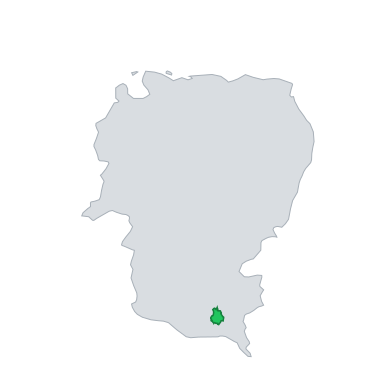 location of Ou Chum, Rôtânôkiri, Cambodia, rotated 111°
{"feature_id": "14789045B56033797709996", "entity_name": "Ou Chum", "entity_type": "district", "adm_level": 2, "iso_a3": "KHM", "parent_name": "Cambodia", "parent_adm1": "Rôtânôkiri", "projection": "albers", "projection_center": [107.039, 13.843], "detail": "fine", "context": "in_parent", "style": "filled", "palette": "green", "viewbox_px": 384, "rotation_deg": 111, "n_neighbors": 0, "source": "geoboundaries", "source_scale": "gbopen_adm2", "svg_char_len": 5463}
<svg xmlns="http://www.w3.org/2000/svg" viewBox="0 0 384 384"><g transform="rotate(111 192 192)"><path d="M324.5,77.8L325.4,80.8L323.2,86.3L320.9,91.4L316.6,95.8L316.4,99.0L314.9,108.7L315.5,111.8L316.5,114.4L317.9,115.8L321.7,125.3L325.1,133.9L328.5,141.0L329.2,145.5L326.1,156.8L322.4,167.2L322.8,172.4L324.3,177.6L326.0,184.5L326.7,193.4L325.8,199.2L324.1,202.7L321.0,206.4L318.2,208.3L314.9,205.2L312.3,205.1L308.8,206.0L306.0,207.4L300.4,212.8L294.1,218.1L285.4,219.4L282.0,223.3L278.4,223.8L271.6,224.0L267.1,224.9L267.3,226.9L266.9,236.1L267.0,238.3L266.3,238.9L263.2,239.1L257.9,237.7L250.8,235.4L245.7,235.0L243.1,239.0L241.5,240.6L239.6,240.8L237.6,241.5L236.9,243.3L236.7,245.6L237.7,249.4L238.0,255.5L237.8,259.7L239.6,262.4L250.5,271.3L253.7,273.5L254.0,274.8L252.1,279.6L253.8,286.4L250.4,286.3L244.7,283.3L242.0,281.5L238.6,282.9L237.5,282.7L235.3,279.3L232.4,275.9L229.4,275.7L223.0,277.0L216.5,277.9L214.0,277.8L213.0,278.4L209.2,283.5L207.6,282.6L201.1,280.6L195.1,279.8L193.9,281.1L194.6,285.3L195.9,289.3L195.1,291.0L191.8,293.1L187.4,296.9L184.7,299.8L182.9,300.5L176.2,300.4L169.6,300.7L167.0,303.5L164.5,305.6L162.3,306.2L153.8,299.2L136.7,296.5L134.9,293.4L133.3,292.8L131.7,296.8L122.2,300.5L118.3,298.1L115.5,295.3L116.0,291.9L118.7,289.1L123.4,287.2L125.6,280.2L122.2,271.2L119.2,268.5L115.9,266.4L112.4,269.7L109.4,275.3L106.3,278.2L102.1,278.8L95.8,278.5L93.5,269.9L92.8,262.6L93.8,254.2L94.8,249.3L88.9,242.4L88.7,235.9L85.9,232.5L85.0,234.2L85.0,236.0L84.2,234.7L75.1,215.4L73.7,206.5L75.4,199.7L76.4,197.5L73.7,193.8L70.0,189.7L63.3,184.2L63.0,175.8L61.7,165.8L59.7,162.4L56.7,156.2L55.2,151.1L54.8,137.6L55.7,136.6L60.5,136.3L66.7,135.4L67.7,133.3L66.6,131.4L70.6,128.5L76.4,121.9L80.8,115.0L84.0,110.7L86.0,106.3L92.4,100.3L101.2,96.1L107.1,95.2L113.3,93.9L119.2,91.9L122.0,91.7L129.3,94.3L133.2,95.0L137.4,95.0L141.7,95.4L145.4,95.2L154.4,93.5L163.9,95.0L172.4,94.0L182.9,92.1L188.1,93.4L192.7,95.5L193.4,99.6L194.4,101.4L196.0,102.9L198.1,102.9L200.8,100.1L203.0,97.2L203.8,96.6L203.9,98.1L205.0,101.3L206.9,104.4L209.0,106.5L212.3,109.3L214.5,109.5L221.7,106.9L232.5,110.8L233.7,112.7L237.2,116.6L241.0,119.4L249.4,119.6L252.4,112.8L251.0,108.6L246.2,101.3L244.9,97.0L246.4,96.3L254.6,95.5L255.9,94.7L257.7,90.0L259.9,90.5L264.4,91.2L269.1,87.9L272.0,84.6L273.5,86.1L275.2,88.5L277.0,89.9L280.4,91.9L284.2,94.8L286.5,97.6L288.4,98.7L293.2,97.9L294.5,98.0L297.3,94.6L299.3,92.8L301.0,93.3L303.4,93.2L308.4,88.9L311.3,84.9L312.8,83.9L317.4,85.8L319.2,85.4L321.7,80.0L324.5,77.8ZM90.5,258.6L89.5,259.1L88.7,259.1L87.8,258.3L87.9,255.2L88.6,253.3L90.1,253.0L90.5,258.6ZM104.3,289.0L102.3,291.1L99.4,286.8L99.4,285.6L104.3,289.0Z" fill="#d9dde1" stroke="#a8b0b8" stroke-width="1"/><path d="M306.1,119.5L305.6,119.4L305.3,119.3L305.0,119.2L304.8,119.2L304.5,119.1L304.3,119.0L304.1,119.0L303.9,118.9L303.6,118.8L303.4,118.8L303.3,118.7L303.1,118.7L302.9,118.7L302.7,118.8L302.4,118.7L302.2,118.8L302.1,118.7L301.8,118.6L301.7,118.5L301.6,118.4L301.5,118.1L301.4,117.6L301.3,117.3L301.2,117.1L301.2,116.8L300.9,116.9L300.7,116.8L300.4,116.9L300.3,117.0L300.2,117.0L299.9,117.1L299.1,117.1L298.8,117.2L298.5,117.3L297.7,117.5L297.6,117.8L297.5,118.0L297.4,118.0L297.4,118.3L297.3,118.5L297.2,118.6L297.3,118.8L297.1,119.0L296.9,119.2L296.7,119.4L296.5,119.7L296.3,120.0L296.1,120.3L295.8,120.7L295.7,120.8L295.5,121.0L295.4,121.0L295.3,121.3L295.2,121.3L295.2,121.5L294.9,121.6L294.7,121.5L294.5,121.3L294.4,121.3L294.2,121.4L294.1,121.5L293.9,121.8L294.0,121.9L293.9,122.0L293.7,122.0L293.4,122.4L293.3,122.5L293.1,122.7L292.9,122.8L292.8,123.0L292.9,123.3L293.1,123.7L293.1,123.9L293.1,124.0L293.1,124.3L293.3,124.5L293.6,124.9L293.6,125.2L293.6,125.7L293.5,125.8L293.3,125.8L293.2,125.7L292.9,125.8L292.7,125.8L292.7,126.0L292.4,126.0L292.3,126.3L292.2,126.3L291.9,126.4L291.7,126.3L291.5,126.5L291.4,126.7L291.1,126.9L290.8,127.1L291.1,127.1L291.3,127.2L291.8,127.4L292.0,127.5L292.3,127.7L292.5,127.7L292.6,127.8L293.1,127.8L293.0,128.2L292.8,128.5L292.6,128.7L292.6,128.8L292.5,129.0L292.4,129.1L292.5,129.3L292.5,129.5L292.8,129.6L292.9,129.8L293.0,129.9L293.1,130.0L293.3,130.1L293.5,130.1L293.8,130.2L294.0,130.2L294.3,130.2L294.4,130.4L294.5,130.4L294.6,130.5L294.8,130.5L295.1,130.8L295.0,130.7L294.8,130.5L294.8,130.3L294.7,130.2L294.8,129.8L294.9,129.6L295.1,129.5L295.5,129.2L296.1,129.0L296.2,128.9L296.3,128.9L296.6,128.7L296.9,128.5L297.1,128.5L297.3,128.4L297.5,128.4L298.1,128.3L298.4,128.2L298.6,128.2L299.3,128.1L299.5,128.1L299.8,128.1L300.0,128.3L300.0,128.6L300.1,128.8L300.3,129.0L300.5,129.0L301.2,129.0L301.5,129.1L301.9,129.3L302.2,129.5L302.4,129.4L302.6,129.4L303.1,129.2L303.5,129.1L303.6,128.9L303.8,128.7L303.7,128.7L303.8,128.5L303.8,128.3L304.0,128.3L304.3,128.3L304.6,128.3L304.8,128.3L304.8,128.2L305.0,128.0L304.8,127.9L304.9,127.7L305.0,127.7L304.9,127.5L304.8,127.4L304.8,127.1L305.0,126.9L305.3,127.0L305.5,127.0L305.5,126.7L305.9,126.2L306.0,126.0L306.1,125.8L306.1,125.7L306.3,125.4L306.3,125.2L306.5,125.0L306.5,124.9L306.7,124.7L306.3,124.7L306.2,124.7L305.9,124.5L305.9,124.4L306.0,124.3L306.1,124.2L306.1,123.8L306.1,123.7L305.9,123.4L306.0,123.3L306.0,123.1L306.1,122.9L306.1,122.7L305.9,122.4L305.8,122.2L305.7,122.0L305.7,121.9L305.8,121.7L305.8,121.4L305.7,121.3L305.6,121.2L305.8,120.9L306.0,120.8L306.0,120.7L306.2,120.4L306.3,120.4L306.3,120.2L306.2,120.2L306.3,120.1L306.3,119.9L306.2,119.9L306.1,119.7L306.1,119.5Z" fill="#22c55e" stroke="#15803d" stroke-width="1.5"/></g></svg>